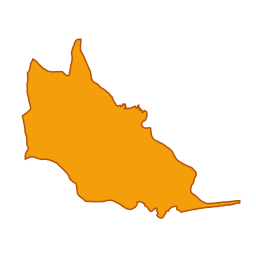 Fatick, Fatick, Senegal (orthographic projection), rotated 265°
{"feature_id": "50182788B55839740763416", "entity_name": "Fatick", "entity_type": "district", "adm_level": 2, "iso_a3": "SEN", "parent_name": "Senegal", "parent_adm1": "Fatick", "projection": "orthographic", "projection_center": [-16.497, 14.221], "detail": "fine", "context": "isolated", "style": "filled", "palette": "amber", "viewbox_px": 256, "rotation_deg": 265, "n_neighbors": 0, "source": "geoboundaries", "source_scale": "gbopen_adm2", "svg_char_len": 5743}
<svg xmlns="http://www.w3.org/2000/svg" viewBox="0 0 256 256"><g transform="rotate(265 128 128)"><path d="M105.9,23.0L107.1,26.1L107.7,29.0L107.6,30.6L107.3,31.8L105.7,34.8L105.4,35.8L105.1,36.5L104.8,38.1L104.4,38.8L104.2,40.2L104.2,41.5L104.0,43.7L103.2,46.5L101.5,50.2L100.9,51.2L100.3,51.7L99.9,53.2L99.0,54.3L97.4,55.5L95.3,57.5L94.2,58.3L92.7,59.8L90.9,61.1L87.4,63.9L85.0,65.0L84.1,65.0L81.4,66.2L80.0,67.8L79.0,68.7L78.2,69.9L77.0,71.3L76.1,71.6L67.2,72.0L66.0,72.4L64.9,73.1L62.7,75.3L61.8,76.4L59.0,79.2L58.6,79.9L58.4,80.5L58.3,82.6L57.9,84.8L57.2,92.1L57.1,93.8L56.9,95.3L57.0,96.2L56.9,97.2L57.5,100.4L57.7,102.7L57.6,104.1L57.2,105.9L55.9,108.5L53.2,112.7L52.3,114.0L50.2,116.2L48.0,119.2L47.8,119.7L47.2,121.0L46.9,122.0L46.7,123.7L47.0,125.3L47.8,126.7L48.4,128.1L50.2,129.8L51.7,130.5L53.0,130.9L53.4,130.8L53.6,133.0L53.4,134.2L52.1,136.6L51.1,137.2L50.8,138.1L50.1,138.0L49.2,138.1L48.5,138.5L48.1,139.8L47.0,140.7L44.8,141.6L43.0,143.3L42.9,144.0L43.2,144.8L45.1,147.2L45.6,148.1L45.7,149.0L45.3,149.7L44.6,149.6L43.9,149.2L43.3,149.2L41.7,150.1L40.9,150.3L40.0,150.2L39.5,150.0L39.3,149.4L38.7,149.2L38.0,149.5L37.3,149.9L36.4,151.0L35.5,152.4L35.4,154.0L35.8,154.8L36.8,155.7L38.0,156.5L38.7,157.0L39.1,157.7L42.0,159.0L42.0,159.7L41.8,160.3L41.8,161.1L42.9,161.7L44.3,163.1L45.2,164.7L45.7,166.2L45.7,167.8L45.9,169.2L45.5,169.9L44.8,169.9L43.2,169.5L42.6,169.6L40.9,172.4L39.6,173.4L40.0,176.4L40.1,177.7L41.1,185.4L41.2,188.0L41.3,189.7L41.6,190.8L41.6,192.6L41.8,194.3L41.8,196.7L42.1,200.2L41.9,202.6L42.1,204.3L42.1,209.3L42.0,211.5L42.4,212.7L42.5,215.7L42.3,216.2L42.6,218.1L42.7,220.3L42.4,222.0L42.4,223.5L42.7,224.0L43.0,226.8L43.0,227.6L43.6,229.4L43.6,231.0L43.5,232.3L43.7,232.8L43.9,232.9L45.9,233.0L46.0,227.8L45.8,224.8L45.8,222.1L45.7,219.1L45.9,216.9L45.8,214.0L45.7,213.4L45.8,211.7L45.5,207.4L45.7,206.2L45.7,203.4L45.6,203.1L45.7,201.9L45.6,201.7L45.9,200.0L46.2,199.1L46.9,197.8L48.2,195.8L49.3,194.3L49.6,194.1L49.8,193.7L50.8,192.8L53.8,190.2L55.9,188.0L56.2,187.4L56.8,186.6L57.4,186.2L58.2,185.4L58.8,185.2L61.0,185.0L61.5,185.1L63.9,185.7L65.5,186.5L66.6,187.5L68.2,188.6L69.8,188.9L70.4,189.4L71.3,189.5L72.4,190.0L73.3,190.6L73.8,191.1L74.8,191.7L75.4,191.7L75.9,191.9L76.5,191.8L76.9,191.9L77.6,191.8L78.6,191.4L81.1,189.6L82.8,188.1L84.9,184.1L85.7,182.9L85.9,182.3L87.6,179.7L89.0,177.9L89.2,177.4L90.5,175.9L90.7,175.4L91.2,175.1L91.4,174.6L92.8,173.5L94.3,172.8L94.6,172.4L96.0,172.1L96.3,171.6L96.8,171.5L97.8,171.1L98.5,171.0L100.2,170.3L100.6,169.9L102.1,169.0L103.4,167.6L104.0,167.3L105.7,164.9L106.6,163.9L107.2,163.5L108.6,161.5L109.1,161.2L109.4,160.8L109.8,160.2L110.7,158.2L111.7,157.0L113.4,153.9L114.5,152.5L117.9,150.9L118.5,150.9L119.1,150.6L119.8,150.7L120.4,150.5L120.7,150.7L122.3,150.6L122.8,150.4L123.4,150.4L124.5,150.6L125.7,150.5L126.0,150.3L126.4,149.5L126.3,145.9L126.5,145.1L126.7,144.3L128.2,142.5L129.5,142.0L130.3,141.8L131.1,141.9L132.2,142.3L133.2,143.7L133.6,144.7L134.3,146.0L134.8,146.1L135.5,146.8L138.0,147.7L140.5,148.2L142.3,148.0L143.0,147.3L143.9,145.9L143.0,144.7L142.3,144.2L142.1,143.5L143.7,143.5L144.8,143.2L145.1,143.0L144.9,142.1L144.9,141.1L145.7,141.2L146.3,141.7L146.7,141.5L147.0,141.1L146.9,139.9L147.7,140.0L148.3,140.5L149.2,140.9L149.7,140.7L149.8,140.5L149.3,140.0L149.3,139.7L149.1,139.6L148.6,139.8L148.3,139.3L147.7,138.8L147.3,138.1L147.4,137.6L148.5,137.4L149.0,137.2L149.1,136.8L148.8,135.9L147.9,133.4L147.5,132.8L147.2,132.3L147.2,131.9L147.6,131.3L147.7,130.4L147.5,128.7L147.6,127.8L147.4,126.7L147.4,126.4L148.0,126.2L148.8,127.7L149.2,127.8L149.7,127.8L150.3,127.5L150.6,127.3L151.0,126.7L151.3,127.0L151.3,127.5L151.6,127.5L152.2,127.1L152.3,126.8L151.7,126.2L152.0,125.6L152.0,125.4L152.2,124.8L151.9,124.6L151.2,124.6L151.1,124.2L149.9,122.8L150.8,122.5L151.3,122.1L150.8,120.8L151.1,119.6L151.6,118.3L152.1,118.0L153.4,117.6L154.3,117.0L157.2,115.6L159.2,115.0L159.6,115.1L160.1,115.0L162.1,113.3L163.2,112.7L164.3,111.8L165.8,110.3L166.1,109.8L166.6,109.5L167.8,108.4L169.3,106.5L169.6,106.0L169.7,105.6L170.6,104.5L171.1,104.2L172.2,103.1L173.1,102.4L173.3,102.4L174.3,101.5L175.3,100.2L175.5,99.5L176.3,98.5L176.5,98.1L177.0,97.7L178.5,96.7L180.4,95.8L182.4,95.8L183.6,95.6L186.6,95.5L189.0,95.0L190.4,94.4L190.9,94.1L192.9,93.6L195.7,92.5L197.5,92.1L197.9,91.8L201.2,90.8L202.0,90.7L204.5,89.6L205.6,89.2L207.9,88.1L210.3,87.5L211.2,87.5L212.1,87.7L215.2,87.9L217.5,88.5L220.5,88.8L220.6,87.0L220.6,85.8L220.2,84.7L219.8,84.0L219.4,83.5L217.4,82.2L215.7,81.7L213.6,80.5L211.6,79.6L211.1,79.5L209.4,78.6L207.1,78.2L205.5,78.5L204.4,78.5L203.9,78.6L201.8,78.4L200.8,78.2L199.1,77.8L195.9,76.7L195.3,76.6L194.6,76.2L193.2,76.1L191.7,75.6L190.1,75.3L189.9,75.0L189.0,74.9L188.5,74.6L188.2,74.5L187.9,74.6L187.4,74.5L186.1,73.9L186.0,73.6L185.3,72.9L185.3,72.4L185.6,71.8L185.7,71.2L186.0,70.7L186.6,70.2L186.8,70.2L187.6,69.3L188.6,68.7L189.7,67.6L189.9,66.8L190.2,63.9L190.1,63.2L190.3,62.7L190.2,61.0L190.3,60.9L190.4,58.7L190.6,58.3L190.5,57.0L191.3,54.0L191.5,53.5L192.2,52.5L192.4,51.7L192.7,51.2L193.7,50.6L194.3,49.6L194.7,48.7L195.9,47.9L196.1,47.5L196.7,47.0L198.0,46.0L198.3,45.5L199.0,45.0L199.4,44.6L200.2,44.0L200.8,43.7L201.3,43.2L202.2,42.7L202.9,41.6L203.8,40.9L204.2,40.7L204.5,40.0L204.8,39.6L204.9,39.1L203.8,38.8L201.9,37.4L200.6,36.6L198.7,36.3L194.9,35.1L193.3,34.3L191.8,32.8L191.1,32.6L188.5,32.6L184.0,32.3L180.7,31.3L175.2,31.1L172.9,30.7L172.1,30.7L170.2,31.0L169.1,31.3L162.9,31.8L159.2,32.6L156.4,32.8L154.9,32.4L152.1,28.6L149.3,23.9L148.6,23.9L143.4,24.7L136.6,25.3L133.7,25.2L131.8,25.3L129.0,26.1L125.3,26.3L123.0,26.0L120.4,25.9L118.9,26.2L117.4,26.9L116.2,27.0L113.9,25.3L112.3,24.3L110.7,23.6L108.7,23.2L105.9,23.0Z" fill="#f59e0b" stroke="#b45309" stroke-width="1.5"/></g></svg>